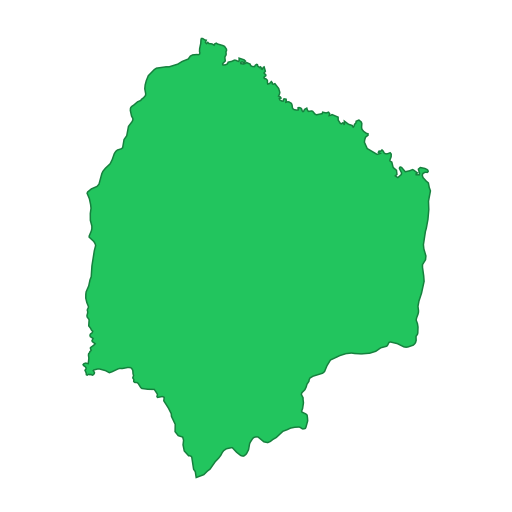 Saen Monourom, Môndól Kiri, Cambodia, rotated 178°
{"feature_id": "14789045B8861726414707", "entity_name": "Saen Monourom", "entity_type": "district", "adm_level": 2, "iso_a3": "KHM", "parent_name": "Cambodia", "parent_adm1": "Môndól Kiri", "projection": "robinson", "projection_center": [107.168, 12.508], "detail": "fine", "context": "isolated", "style": "filled", "palette": "green", "viewbox_px": 512, "rotation_deg": 178, "n_neighbors": 0, "source": "geoboundaries", "source_scale": "gbopen_adm2", "svg_char_len": 6058}
<svg xmlns="http://www.w3.org/2000/svg" viewBox="0 0 512 512"><g transform="rotate(178 256 256)"><path d="M84.2,337.6L88.7,338.7L90.7,337.1L89.6,332.7L90.1,331.4L93.1,331.6L93.2,332.5L91.8,333.4L95.4,336.3L96.5,336.9L99.5,335.8L103.9,335.0L107.3,339.3L108.4,339.9L109.3,339.6L109.6,338.5L107.6,333.9L108.0,332.3L111.5,329.4L114.0,331.2L112.3,332.6L112.6,336.7L115.6,339.5L116.0,340.3L117.0,345.1L118.6,346.1L119.0,346.9L117.5,350.4L117.3,353.1L118.3,354.5L120.6,353.7L122.1,353.5L123.6,353.9L124.5,354.7L125.1,356.2L126.4,357.6L127.8,356.3L129.3,356.6L130.1,355.4L128.3,354.2L131.4,353.3L141.1,359.5L143.7,365.9L143.3,368.3L142.4,370.9L139.8,372.8L139.8,374.3L141.2,374.6L144.0,376.7L145.7,378.9L146.0,381.0L145.6,384.6L146.1,386.2L148.4,388.3L151.2,387.2L151.5,385.5L152.9,384.2L153.6,382.2L154.3,381.4L154.9,381.9L155.3,383.1L158.9,384.4L163.0,387.7L162.9,386.1L163.3,383.9L163.8,385.4L164.5,386.1L166.2,385.1L167.1,385.6L169.1,388.9L169.1,391.9L175.1,394.7L176.1,394.1L178.0,393.8L177.4,395.6L178.5,397.2L180.9,396.5L184.4,397.4L184.8,396.0L190.7,395.0L192.1,395.8L194.3,398.6L195.2,399.0L198.6,398.7L199.6,400.2L200.1,402.0L202.4,400.8L203.3,399.0L204.0,398.6L204.6,399.2L205.1,400.2L205.1,401.1L206.1,402.3L207.9,402.9L208.9,402.5L208.6,401.3L208.7,400.5L210.3,400.4L212.9,401.0L213.9,401.8L214.4,402.7L214.7,405.6L215.3,407.3L217.8,408.9L219.0,409.0L220.8,408.6L220.3,410.6L220.5,411.7L222.5,412.1L223.1,411.2L223.4,409.9L224.7,409.9L226.8,411.2L227.2,412.6L225.5,413.0L226.1,414.1L227.9,415.0L226.8,417.2L226.5,418.8L227.5,422.6L231.1,427.6L232.7,427.1L233.7,427.5L233.7,428.6L234.6,429.8L236.4,427.9L238.2,427.4L238.5,428.7L238.5,431.2L240.1,432.9L241.3,433.0L241.8,433.9L241.3,435.0L240.0,435.7L239.8,436.5L241.6,438.6L240.2,440.3L241.3,444.7L242.1,444.3L243.3,442.4L244.2,442.9L244.3,444.2L244.9,444.9L246.0,444.2L246.7,445.1L247.7,445.7L247.9,447.2L248.7,447.5L250.0,446.7L250.9,445.3L253.1,445.5L254.6,446.4L255.2,448.0L258.5,449.6L260.3,448.7L261.8,448.3L264.5,448.8L264.6,449.9L263.9,450.3L262.7,450.4L261.2,449.5L259.7,451.1L261.1,452.5L266.0,454.3L266.0,452.3L266.5,451.1L267.4,451.3L269.3,452.3L270.8,452.5L273.3,451.4L277.0,450.7L277.9,449.0L279.6,448.2L281.5,448.0L282.5,448.2L282.6,449.4L279.9,452.0L280.2,455.3L279.9,456.6L279.2,457.4L278.8,458.6L278.9,461.3L278.3,462.2L278.3,463.7L280.1,466.6L281.8,467.5L287.0,469.2L288.3,470.1L290.0,469.3L290.5,468.1L292.6,469.5L295.8,470.0L296.7,471.2L298.0,470.0L299.1,471.1L298.2,473.4L299.6,473.7L301.7,475.2L303.0,475.3L303.4,474.3L303.8,470.4L305.1,465.1L305.3,462.3L305.0,461.0L305.3,459.8L306.3,459.2L308.4,459.4L312.2,459.2L314.6,458.1L316.9,455.2L323.0,453.0L327.4,450.5L336.2,448.1L339.4,448.2L348.9,447.2L351.1,445.9L357.3,440.0L359.5,435.1L360.8,430.8L361.3,427.0L360.6,422.1L360.8,420.3L362.8,418.1L365.1,416.5L365.7,415.5L369.0,414.2L372.9,411.1L375.0,409.8L375.9,408.8L376.3,407.9L376.5,405.8L375.5,400.2L374.3,397.8L374.3,396.4L375.0,394.8L378.9,390.0L381.0,380.7L383.8,377.0L385.5,368.8L387.2,367.7L390.7,366.8L392.1,365.8L392.9,364.9L394.1,363.1L396.3,357.4L398.5,353.3L403.5,348.9L406.0,346.0L407.2,343.7L410.4,333.3L412.4,331.1L418.2,328.8L422.0,325.9L422.6,324.6L420.5,319.0L419.5,313.3L419.2,309.5L420.1,304.3L420.3,297.4L419.0,291.7L419.1,289.0L419.7,286.8L422.0,281.8L422.1,280.7L417.6,276.2L416.3,273.8L415.9,272.0L417.4,266.9L420.3,251.9L421.4,241.0L422.7,238.0L424.2,232.0L427.0,226.1L427.4,223.7L427.6,219.9L426.7,215.4L425.2,211.3L425.5,209.8L426.3,208.6L426.5,207.6L426.2,206.7L426.2,205.0L427.0,202.5L426.9,201.0L425.0,198.2L425.6,192.0L423.8,189.5L423.1,187.8L421.8,186.5L422.5,184.9L424.1,183.9L424.7,182.7L424.4,181.2L421.7,179.3L422.9,177.0L422.5,176.1L419.8,173.9L421.4,172.4L424.6,170.2L424.7,169.4L424.0,167.5L425.4,166.1L425.9,164.9L426.7,164.1L426.9,162.7L426.6,159.8L427.4,154.3L430.0,154.9L431.7,154.4L432.6,153.5L432.2,152.6L430.5,151.3L429.8,150.2L429.8,149.0L430.9,147.8L429.8,145.1L429.7,143.3L428.9,142.8L427.7,143.5L426.9,143.5L426.0,143.1L425.1,143.5L423.8,142.6L422.6,143.1L421.7,144.2L421.5,145.2L422.7,147.2L422.0,147.8L418.3,148.6L416.5,148.6L410.4,146.7L406.6,144.5L404.0,145.3L397.8,148.0L396.2,148.4L393.6,148.2L387.9,149.1L385.2,148.8L384.1,147.9L383.1,145.9L383.0,142.5L382.5,140.9L383.4,138.5L382.4,136.8L382.6,134.8L381.6,133.9L379.1,133.6L378.1,132.6L375.8,128.6L374.7,127.6L368.8,126.6L362.3,126.2L359.4,121.5L359.4,120.6L359.9,118.9L359.3,118.1L354.8,118.8L353.6,118.5L352.7,117.9L353.2,114.5L348.9,107.2L346.2,101.4L346.1,98.7L342.6,90.6L343.0,83.3L340.0,79.2L335.6,77.6L334.8,74.4L335.5,69.8L334.5,63.7L330.3,58.7L329.1,58.7L327.7,58.0L327.2,57.1L325.8,45.1L324.2,42.6L323.5,36.7L315.8,39.3L312.0,42.8L309.4,44.6L303.9,51.9L300.3,55.4L298.1,58.1L296.5,60.9L295.0,62.7L292.3,64.4L287.3,65.3L286.3,65.2L282.3,60.6L278.3,57.2L276.7,56.6L275.2,56.5L273.2,57.9L272.3,58.9L270.2,62.7L269.0,68.4L268.4,69.8L266.0,73.3L264.7,74.6L262.7,75.2L260.9,75.2L260.1,74.9L254.6,70.0L250.8,69.1L248.1,70.2L245.5,72.1L242.1,73.9L235.2,79.9L231.0,81.3L227.5,82.8L223.2,83.5L219.3,83.6L218.2,83.4L215.6,81.6L214.2,81.6L212.7,82.0L212.1,83.1L210.1,89.5L210.2,92.4L210.5,95.2L211.7,96.4L215.5,98.4L215.8,99.5L214.8,101.8L213.7,107.6L214.0,111.2L213.9,112.6L215.5,116.0L215.0,117.7L211.8,120.7L210.4,123.4L209.6,126.0L207.5,128.9L207.2,130.5L206.4,132.1L203.2,133.9L193.7,136.5L192.6,137.2L191.5,138.2L188.9,143.9L185.2,149.5L175.6,153.6L169.5,155.3L164.0,155.7L160.8,155.1L154.0,154.5L145.7,154.9L139.6,156.6L134.5,159.9L128.5,161.3L127.6,162.3L126.1,165.0L124.7,165.4L117.8,163.5L111.3,160.0L109.1,159.6L107.3,159.8L102.0,161.4L100.6,162.6L99.6,163.9L98.9,166.1L98.9,170.1L97.4,172.1L97.0,173.4L96.6,179.3L97.0,182.7L98.2,186.4L97.6,188.7L96.1,192.3L95.6,194.2L95.5,195.8L95.9,200.0L94.7,205.4L91.9,213.0L88.9,224.8L89.1,230.2L90.0,238.8L89.9,241.6L86.7,246.4L86.2,250.1L88.0,257.2L88.3,261.5L85.8,274.8L84.9,277.5L82.9,286.6L81.7,296.3L81.7,304.8L79.4,315.0L80.5,318.5L81.2,323.0L83.3,324.9L86.4,328.6L87.0,330.9L86.4,332.6L84.1,333.8L81.8,333.6L81.0,334.4L81.2,335.6L82.1,336.5L84.2,337.6Z" fill="#22c55e" stroke="#15803d" stroke-width="1.5"/></g></svg>